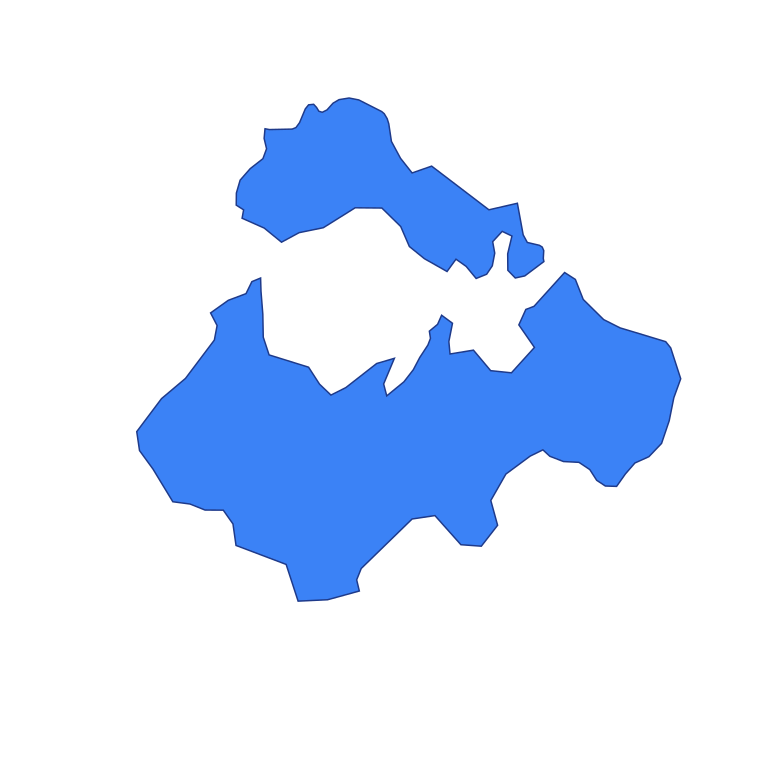 SVG path tracing the border of Csongrád, rotated 219°
{"feature_id": "HUN-3172", "entity_name": "Csongrád", "entity_type": "County", "adm_level": 1, "iso_a3": "HUN", "parent_name": "Hungary", "parent_adm1": "", "projection": "albers", "projection_center": [20.284, 46.456], "detail": "fine", "context": "isolated", "style": "filled", "palette": "blue", "viewbox_px": 768, "rotation_deg": 219, "n_neighbors": 0, "source": "natural_earth", "source_scale": "10m", "svg_char_len": 2020}
<svg xmlns="http://www.w3.org/2000/svg" viewBox="0 0 768 768"><g transform="rotate(219 384 384)"><path d="M191.7,594.2L183.9,592.5L156.7,574.8L150.1,555.7L139.2,534.9L130.9,512.5L132.4,494.2L139.3,480.5L139.8,466.0L138.8,450.8L147.8,444.0L158.1,443.0L170.2,447.0L183.2,445.8L195.7,436.7L209.6,432.2L219.1,432.8L225.0,420.0L232.6,390.7L227.7,360.7L206.8,345.7L206.3,319.2L223.1,307.5L261.6,313.8L277.2,296.8L285.6,226.3L282.0,214.6L272.9,207.6L292.1,180.8L314.1,161.2L346.5,182.2L397.4,165.4L413.3,180.2L429.5,184.8L443.8,173.4L459.3,168.6L474.0,159.6L510.0,172.5L532.1,178.4L546.2,191.4L547.7,232.6L541.8,263.4L543.5,311.4L550.5,324.4L563.5,330.1L557.7,351.0L548.1,367.4L551.1,380.4L546.6,388.7L537.9,378.6L522.2,362.1L507.3,344.4L491.6,334.3L453.2,349.6L434.0,343.3L418.3,342.0L411.4,357.2L402.6,395.3L392.1,410.5L384.3,383.8L374.4,376.5L369.9,398.2L370.2,413.5L372.9,427.1L374.4,441.9L376.6,448.7L382.0,453.6L379.9,464.1L382.5,473.7L369.0,474.3L360.3,457.8L351.6,448.9L335.8,466.6L309.5,461.5L292.0,472.9L290.1,507.1L316.4,514.8L320.7,531.2L316.3,538.8L313.8,584.3L301.1,585.7L282.4,575.1L253.8,572.3L235.8,576.2L229.0,579.0L191.7,594.2ZM637.1,507.5L633.2,509.6L615.8,524.3L613.8,527.9L614.1,534.0L618.3,548.3L618.3,553.5L614.7,557.1L610.5,556.5L606.3,555.0L603.0,556.3L600.8,561.1L600.4,568.9L600.3,570.3L597.9,576.7L591.1,584.3L582.4,588.9L557.2,594.3L553.9,594.2L548.5,592.2L544.0,589.2L530.9,577.2L513.2,569.8L495.0,565.7L484.1,583.3L412.1,585.4L394.1,608.4L369.7,587.5L361.7,584.2L350.5,589.6L347.2,590.0L343.8,588.2L339.2,581.8L336.8,579.8L342.6,556.6L348.7,549.0L359.3,550.3L369.8,563.0L377.7,579.5L388.2,577.0L389.1,563.0L380.3,555.4L374.2,544.0L373.3,533.9L378.8,524.0L394.2,527.1L406.6,526.3L405.8,511.1L431.5,506.8L450.8,506.8L470.1,516.9L496.4,519.4L517.3,502.8L529.5,467.3L545.2,448.2L552.9,429.7L575.2,429.8L598.6,423.5L602.7,431.0L611.4,430.0L618.9,439.5L624.1,451.9L623.5,467.2L619.9,482.9L623.3,492.9L631.7,499.4L637.0,507.3L637.1,507.5Z" fill="#3b82f6" stroke="#1e3a8a" stroke-width="1.5"/></g></svg>